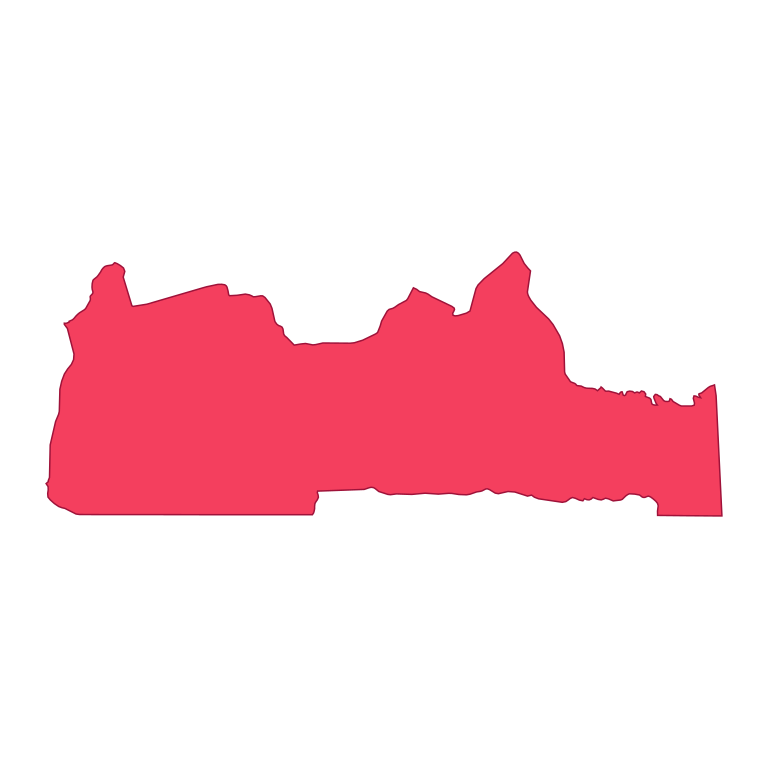 map outline of Sud (Albers equal-area conic projection)
{"feature_id": "CMR-803", "entity_name": "Sud", "entity_type": "Province", "adm_level": 1, "iso_a3": "CMR", "parent_name": "Cameroon", "parent_adm1": "", "projection": "albers", "projection_center": [11.82, 2.912], "detail": "fine", "context": "isolated", "style": "filled", "palette": "rose", "viewbox_px": 768, "rotation_deg": 0, "n_neighbors": 0, "source": "natural_earth", "source_scale": "10m", "svg_char_len": 4282}
<svg xmlns="http://www.w3.org/2000/svg" viewBox="0 0 768 768"><path d="M390.5,494.7L387.8,494.4L378.8,491.5L375.2,488.6L373.5,487.6L371.1,487.3L368.9,487.8L364.3,489.4L317.6,491.1L317.3,492.7L318.1,495.0L318.4,497.3L317.3,499.8L316.0,501.6L314.9,503.6L314.6,506.5L314.6,508.7L314.2,510.9L313.6,512.9L312.4,514.7L260.1,514.7L207.7,514.7L155.4,514.6L152.8,514.6L114.3,514.6L103.1,514.6L79.5,514.5L76.0,514.0L64.9,508.4L61.9,507.7L58.7,506.5L54.3,503.5L50.3,499.9L48.0,497.1L47.7,493.5L48.2,489.9L48.1,486.6L46.1,483.6L48.3,481.6L48.3,480.5L49.5,477.5L50.2,444.9L55.6,421.5L58.6,414.3L59.3,411.4L59.9,389.2L61.7,381.2L64.4,374.0L67.7,368.9L71.4,364.4L73.6,359.6L74.0,354.0L67.4,328.5L64.3,324.3L64.3,323.2L66.0,323.3L67.1,323.0L69.1,322.1L69.1,321.3L72.1,320.0L73.2,319.2L74.2,318.2L75.9,316.1L77.6,314.4L79.5,312.8L84.0,310.0L85.1,309.1L85.8,308.3L90.0,300.8L90.2,300.4L90.3,299.8L90.4,298.9L90.2,297.2L90.2,296.4L90.5,295.9L92.1,294.2L92.5,293.6L92.9,292.9L92.9,292.3L92.9,291.8L92.2,289.3L92.0,287.1L92.2,283.6L92.9,280.6L93.2,280.0L93.8,279.4L96.9,276.9L98.1,275.5L100.7,271.8L101.3,270.6L101.9,269.6L102.9,268.3L104.0,267.2L104.5,266.8L105.1,266.4L106.2,266.0L107.3,265.7L111.3,265.1L112.1,264.9L112.5,264.7L113.0,264.4L114.1,263.2L114.4,262.9L114.8,262.7L117.3,263.7L120.6,265.7L123.5,268.0L124.8,271.4L123.2,277.1L131.9,305.8L133.1,306.4L146.9,304.2L201.9,288.1L206.5,286.8L217.8,284.4L221.6,284.3L224.8,284.8L226.2,285.8L227.0,287.1L228.0,290.8L228.7,294.8L229.6,295.7L237.0,295.3L245.3,294.1L249.2,294.8L251.8,295.9L253.3,296.8L255.3,296.7L260.8,295.8L262.7,295.9L265.0,297.5L270.2,304.0L272.0,308.4L274.9,321.5L276.8,324.2L278.7,325.6L280.5,326.2L282.1,327.2L283.0,329.1L283.7,334.1L284.7,335.8L286.8,337.5L294.2,345.1L300.7,344.0L305.5,343.5L312.8,344.9L315.7,344.6L322.9,343.0L350.2,343.2L354.2,342.8L362.7,340.2L375.7,333.9L377.6,332.5L380.2,326.0L381.6,321.1L387.2,311.1L389.1,309.4L392.9,308.3L395.0,307.1L398.5,304.6L406.4,300.4L407.8,298.6L413.4,287.8L416.6,289.3L419.6,291.6L425.7,293.0L428.0,294.1L431.9,296.8L451.7,306.3L454.2,308.1L454.5,309.5L453.6,311.7L453.3,312.1L452.7,313.3L453.1,315.3L455.1,315.9L458.1,315.6L466.5,313.1L470.0,311.0L476.0,288.6L478.1,284.9L484.2,278.6L502.8,263.6L512.5,253.2L514.6,252.2L516.5,252.1L517.9,252.8L518.8,253.6L520.0,255.1L524.2,263.5L527.8,268.0L530.5,270.9L527.4,291.9L527.6,293.4L528.0,294.8L528.8,296.7L530.8,300.2L536.4,307.3L548.6,318.9L553.1,324.6L559.6,335.8L562.4,343.6L564.1,352.2L564.6,371.9L565.2,374.1L570.4,381.6L571.3,382.1L574.7,383.4L575.9,384.3L576.4,385.1L577.1,385.6L581.2,386.1L584.3,387.6L586.7,388.2L592.5,388.4L595.1,389.0L597.5,390.7L600.9,387.6L601.1,387.0L602.4,388.0L605.4,391.1L606.5,391.2L608.7,391.1L616.6,393.2L619.1,394.3L619.9,393.0L621.1,391.9L622.2,391.9L623.2,395.1L624.4,395.6L625.6,395.0L626.1,393.6L627.2,391.7L629.6,391.1L632.5,391.5L634.6,392.9L636.1,392.3L637.0,392.0L637.8,392.2L639.4,392.9L641.4,391.0L644.0,391.7L645.7,394.0L645.4,396.5L649.6,398.1L650.9,399.4L651.8,403.8L653.1,404.7L655.0,405.1L657.3,405.0L656.0,403.2L653.9,397.9L653.7,396.5L655.3,394.4L657.0,394.6L658.7,395.8L660.4,396.5L663.7,400.6L665.2,401.4L667.7,401.5L668.9,401.3L669.4,400.8L670.0,398.7L671.3,399.2L672.5,400.6L672.9,401.4L679.5,405.3L681.4,406.0L691.6,406.0L694.2,405.2L694.5,403.1L693.3,398.3L694.0,395.9L695.8,396.1L698.2,397.2L700.6,397.7L698.8,394.9L699.0,393.8L701.7,392.9L708.3,387.5L710.3,386.3L712.6,385.6L714.5,384.9L716.1,395.7L721.9,515.4L721.9,515.9L714.6,515.9L687.7,515.7L657.6,515.4L657.5,511.1L658.2,505.8L657.5,503.3L655.8,501.2L653.2,498.9L650.5,496.9L648.5,496.1L647.3,496.4L644.8,497.4L643.2,497.4L642.0,496.9L639.6,495.0L634.7,494.1L629.3,493.8L627.8,494.5L625.8,495.9L622.3,499.3L620.6,500.0L613.2,500.9L608.3,498.8L605.5,498.2L603.1,499.3L601.2,499.9L598.1,499.4L592.9,497.5L591.1,499.1L589.1,499.9L586.9,499.7L584.4,498.7L582.9,500.8L579.4,500.1L575.4,498.3L572.5,497.5L570.3,498.4L568.2,500.0L565.8,501.6L562.3,502.3L538.6,498.8L534.4,497.2L531.6,495.1L527.5,496.1L524.5,495.1L514.8,492.0L508.0,491.5L498.4,493.7L495.2,493.1L489.5,489.6L487.3,488.8L485.7,489.0L482.0,490.9L480.2,491.4L476.7,491.9L470.0,494.2L466.5,494.8L458.9,494.5L451.8,493.4L448.7,493.3L438.4,494.1L425.1,493.2L411.8,494.4L396.4,493.9L390.5,494.7Z" fill="#f43f5e" stroke="#9f1239" stroke-width="1.5"/></svg>